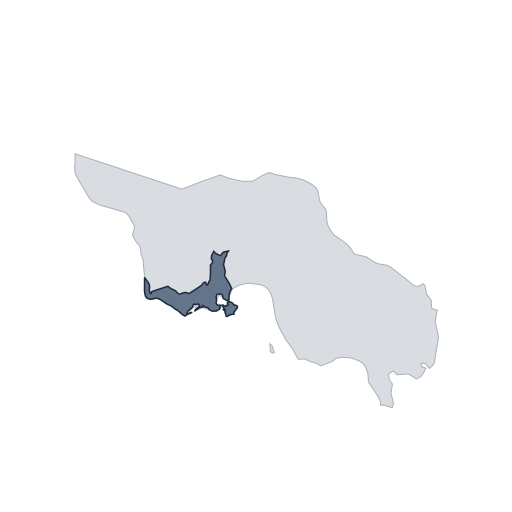 location of Médenine within Tunisia, rotated 119°
{"feature_id": "TUN-96", "entity_name": "Médenine", "entity_type": "Governorate", "adm_level": 1, "iso_a3": "TUN", "parent_name": "Tunisia", "parent_adm1": "", "projection": "equal_earth", "projection_center": [10.815, 33.079], "detail": "fine", "context": "in_parent", "style": "filled", "palette": "slate", "viewbox_px": 512, "rotation_deg": 119, "n_neighbors": 0, "source": "natural_earth", "source_scale": "10m", "svg_char_len": 5657}
<svg xmlns="http://www.w3.org/2000/svg" viewBox="0 0 512 512"><g transform="rotate(119 256 256)"><path d="M342.9,288.9L342.8,290.5L341.3,301.6L340.9,305.7L340.7,312.5L340.7,320.7L344.3,327.6L344.4,330.6L343.0,334.2L336.5,338.2L328.1,343.4L320.9,348.4L312.9,353.8L310.5,357.3L306.6,360.0L303.3,362.8L302.7,365.4L300.4,370.3L297.3,374.2L289.8,376.1L288.4,377.2L284.9,383.2L283.2,385.5L281.2,390.4L283.8,403.0L286.9,416.0L287.5,421.4L287.5,426.0L285.7,430.8L281.6,437.8L278.6,442.9L272.9,452.2L271.2,454.4L267.3,457.1L259.7,460.7L254.3,463.9L251.7,449.8L249.4,437.8L247.5,427.9L244.3,410.5L241.5,395.7L238.7,381.0L236.2,367.7L233.7,354.3L232.6,352.4L224.9,346.1L217.8,340.2L210.4,333.6L202.4,326.5L201.2,317.5L197.2,303.9L192.9,296.4L191.3,294.4L182.6,289.5L177.6,285.9L176.2,283.9L175.3,278.3L171.8,267.4L167.9,257.5L166.4,250.8L166.3,242.4L167.2,236.3L169.0,233.7L177.7,226.2L181.7,217.1L186.6,213.7L190.9,211.1L194.3,208.1L197.4,203.3L199.8,198.2L200.3,192.7L201.3,184.0L202.9,177.9L206.6,171.0L205.1,165.4L203.3,159.4L204.0,149.1L203.5,144.9L202.0,141.2L200.5,136.4L200.5,132.4L202.1,122.0L203.4,114.1L205.3,103.8L204.7,100.9L203.3,98.8L199.3,96.5L199.3,95.1L200.3,93.6L206.4,88.6L209.7,81.3L212.4,79.7L216.5,77.1L216.4,74.2L215.5,71.2L226.2,67.7L236.5,58.7L240.1,56.4L263.7,48.1L266.8,48.7L270.2,49.9L269.2,53.0L267.9,55.5L269.8,59.8L272.7,57.2L272.0,55.4L271.8,53.0L276.7,52.8L281.0,53.2L285.7,55.8L285.3,65.6L291.6,75.3L289.8,80.1L295.0,82.9L299.6,79.5L301.9,74.5L310.3,71.6L318.3,64.2L322.8,63.4L323.8,69.5L325.9,74.8L322.9,76.6L319.0,82.3L311.7,96.6L304.9,100.8L299.9,106.4L298.2,110.3L297.7,114.9L299.0,123.1L302.7,131.5L306.9,136.5L311.1,138.1L320.7,146.1L320.5,150.9L321.9,156.5L322.4,163.4L325.8,168.9L318.6,180.8L314.7,189.5L307.0,201.5L300.1,209.3L285.4,220.8L281.8,224.7L279.5,228.7L278.4,232.8L278.7,237.7L283.5,249.8L290.0,256.9L296.5,260.8L307.9,259.2L307.6,263.8L308.4,269.4L313.0,269.2L316.1,268.3L318.7,262.9L324.3,266.6L327.2,277.9L332.0,281.5L332.5,282.8L330.9,283.7L329.6,285.0L331.0,285.9L335.5,287.3L338.3,286.4L342.9,288.9ZM318.7,257.3L317.6,257.5L315.4,259.1L314.3,259.3L311.1,257.5L309.9,257.5L308.3,256.3L308.9,249.5L309.4,247.5L317.1,247.3L321.4,251.3L322.1,252.4L322.2,253.6L320.3,255.9L318.7,257.3ZM332.7,197.1L326.0,201.3L327.3,197.6L331.7,193.2L332.9,194.3L332.7,197.1Z" fill="#d9dde1" stroke="#a8b0b8" stroke-width="1"/><path d="M344.0,333.9L343.4,334.5L340.3,336.8L328.7,343.1L328.8,343.1L331.6,337.0L332.4,336.0L333.1,335.2L333.9,334.6L334.8,334.0L336.9,333.1L337.6,332.7L339.2,331.4L339.6,330.9L339.9,330.5L340.0,330.2L340.0,329.8L339.8,329.6L339.4,329.6L338.1,329.8L337.8,329.8L337.5,329.7L337.1,329.4L325.4,318.6L325.2,318.3L325.2,318.1L325.2,317.9L325.2,317.6L325.6,315.8L325.7,315.1L325.5,310.0L325.5,309.5L325.6,309.1L326.2,307.4L326.4,306.4L326.6,305.4L326.6,305.0L326.5,304.8L326.4,304.4L326.3,304.2L326.2,304.0L326.0,303.8L325.7,303.5L325.2,303.2L324.6,302.8L322.7,300.9L322.4,300.4L322.1,300.0L322.0,299.6L321.4,296.9L321.3,296.6L321.1,296.4L320.9,296.2L320.7,296.0L308.5,289.6L307.5,289.3L305.4,289.1L304.7,288.8L304.3,288.5L303.8,288.1L303.6,287.9L303.5,287.7L303.4,287.5L303.4,287.3L303.5,287.1L303.6,286.9L304.5,286.6L304.6,286.4L304.7,286.2L304.7,285.8L305.1,285.2L305.2,284.8L305.2,284.6L305.1,284.4L304.6,284.3L301.2,284.8L299.7,284.5L299.3,284.6L298.9,284.7L291.1,288.5L290.6,289.0L287.5,290.4L287.1,290.7L286.8,291.2L286.6,291.3L286.3,291.4L285.8,291.4L283.5,290.9L282.7,290.9L282.4,291.0L282.1,291.1L281.6,291.6L281.3,291.9L281.0,292.1L280.1,293.6L280.0,293.8L279.8,293.9L278.3,294.6L277.2,295.0L276.2,295.1L272.4,295.2L273.0,293.6L273.1,293.2L273.2,292.7L273.2,288.3L273.2,288.1L273.1,287.9L272.9,287.6L272.5,287.4L271.7,287.0L271.2,286.9L270.9,286.9L270.5,286.9L270.1,286.9L269.3,286.7L268.4,286.3L267.5,285.5L265.0,282.5L265.8,282.5L266.9,282.7L267.3,282.7L267.8,282.7L269.6,282.0L270.4,281.9L272.9,282.1L273.6,282.1L274.0,282.0L275.3,281.3L278.6,280.5L279.1,280.3L284.2,275.6L285.6,274.9L288.5,274.0L288.8,273.8L289.1,273.4L290.0,271.3L292.5,267.0L292.6,266.5L293.0,266.0L295.7,262.2L296.7,261.4L296.8,261.3L298.1,261.7L301.1,261.2L304.5,260.1L307.3,258.4L308.1,258.2L309.1,260.2L309.0,264.2L307.7,265.5L307.0,265.8L306.4,266.6L306.2,267.6L306.5,268.5L307.5,270.5L308.1,271.2L309.0,271.6L310.9,271.1L314.3,268.8L315.8,268.3L316.6,268.0L317.3,267.0L317.6,265.9L317.3,264.9L316.6,264.0L316.5,263.5L317.8,262.3L318.3,262.7L318.9,262.8L319.3,262.5L319.6,261.9L319.9,261.9L320.6,262.4L322.5,263.4L323.3,263.9L323.8,264.7L325.4,267.4L325.5,267.9L325.7,270.9L324.6,273.0L325.5,276.5L325.1,278.2L326.4,277.8L327.3,278.8L328.1,280.1L329.2,280.8L330.2,281.0L332.5,282.3L333.6,282.8L333.3,283.1L333.2,283.1L328.6,281.6L326.5,281.3L326.0,283.2L326.4,283.9L327.1,284.5L327.8,285.4L328.1,286.6L328.5,287.2L329.5,287.2L331.4,286.8L333.3,287.3L337.1,288.8L339.0,288.8L339.7,288.3L339.5,287.5L338.8,286.8L338.0,286.5L337.5,286.1L336.8,285.2L336.2,284.4L340.2,287.6L342.6,288.9L342.9,289.0L343.0,291.6L341.7,297.2L341.6,298.1L341.6,301.4L340.8,305.4L341.2,311.5L340.5,317.7L340.6,320.9L341.5,323.2L344.5,326.5L345.5,328.6L345.7,331.1L344.9,332.9L344.0,333.9ZM320.2,250.3L321.1,250.9L322.0,251.3L322.7,251.8L323.2,252.7L320.3,255.7L319.6,256.0L319.3,256.3L319.1,256.8L318.7,258.7L318.4,258.7L318.5,257.1L318.7,256.7L318.0,256.9L317.4,258.8L316.6,260.1L315.9,261.0L315.6,262.1L314.9,261.2L314.9,260.2L315.2,259.3L314.4,257.9L313.6,257.5L312.9,256.8L312.2,256.6L311.3,257.5L311.0,258.3L310.2,258.6L309.1,257.7L308.9,256.8L308.6,255.2L308.6,253.6L309.5,252.0L308.9,249.6L309.0,247.8L310.6,247.1L314.2,247.9L316.1,248.1L317.5,247.1L318.8,248.8L320.2,250.3Z" fill="#64748b" stroke="#1e293b" stroke-width="1.5"/></g></svg>